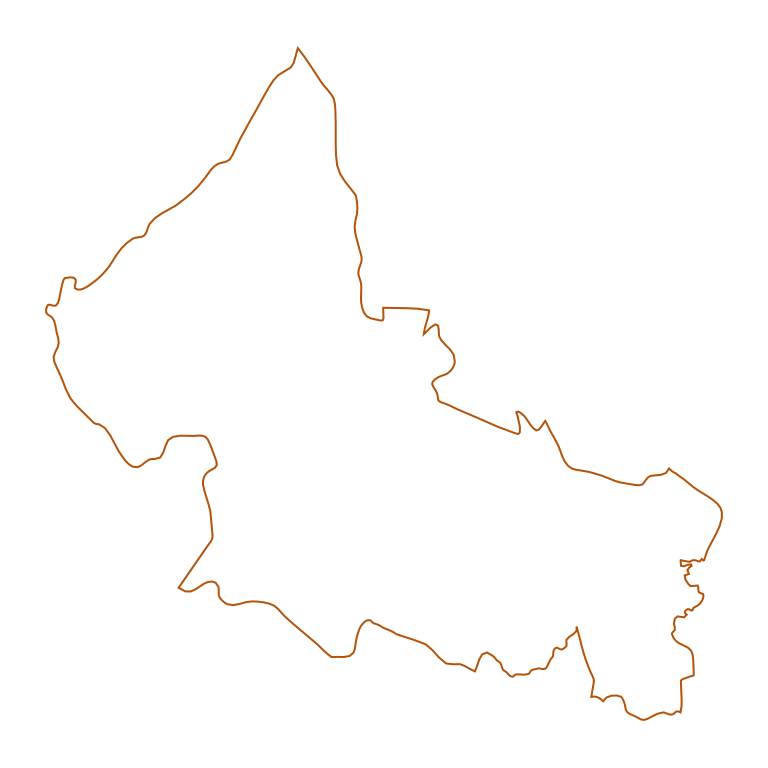 San Luis Potosí, Robinson projection
{"feature_id": "MEX-2715", "entity_name": "San Luis Potosí", "entity_type": "State", "adm_level": 1, "iso_a3": "MEX", "parent_name": "Mexico", "parent_adm1": "", "projection": "robinson", "projection_center": [-100.079, 22.87], "detail": "fine", "context": "isolated", "style": "outline", "palette": "amber", "viewbox_px": 768, "rotation_deg": 0, "n_neighbors": 0, "source": "natural_earth", "source_scale": "10m", "svg_char_len": 6067}
<svg xmlns="http://www.w3.org/2000/svg" viewBox="0 0 768 768"><path d="M297.8,48.1L304.2,56.5L310.3,65.4L322.1,83.4L328.3,90.7L331.4,94.6L333.6,98.4L334.9,103.9L335.4,110.4L335.7,123.0L335.7,144.2L336.0,154.8L337.1,165.1L340.1,173.8L344.9,181.4L350.5,188.4L355.8,195.4L357.0,201.9L357.4,208.0L357.0,213.9L355.5,220.1L354.6,227.1L355.5,234.3L359.2,248.3L360.7,253.6L361.4,256.4L361.7,259.1L361.2,262.5L358.9,269.1L358.3,272.4L358.6,275.4L360.5,281.1L361.1,284.1L361.3,287.6L361.0,297.9L361.2,302.6L362.0,307.1L364.0,312.8L366.9,316.4L370.9,318.4L380.9,320.6L382.8,320.2L383.5,318.1L383.2,307.8L406.3,308.2L417.9,308.7L429.2,310.4L428.2,316.4L424.8,328.2L423.8,334.2L430.9,327.3L435.2,324.4L437.9,325.4L438.7,329.3L438.8,332.8L439.2,336.3L441.0,339.9L445.2,344.6L449.9,349.3L453.6,354.6L454.8,361.3L454.4,364.1L453.4,366.6L452.1,368.9L450.4,371.0L446.8,373.9L438.8,376.9L435.0,379.3L432.6,382.0L432.2,384.3L433.2,386.5L436.3,391.7L437.2,393.8L437.7,396.2L438.1,399.6L439.0,401.1L441.2,402.3L446.1,404.0L450.0,405.7L457.9,409.5L470.9,415.0L497.9,426.8L515.3,433.3L518.3,434.0L519.8,432.4L519.9,427.2L519.4,424.4L518.1,418.7L517.5,415.8L516.9,413.9L516.3,412.7L516.4,412.0L517.9,411.6L519.4,412.1L521.4,413.5L523.3,415.2L524.8,416.6L527.2,420.0L530.2,424.4L533.3,428.3L536.3,430.4L538.8,429.6L541.1,427.0L545.2,420.9L547.0,424.1L547.5,425.2L550.2,430.8L556.2,441.5L558.9,447.1L562.5,456.8L564.8,461.5L567.7,465.4L571.1,468.1L574.8,469.5L587.9,471.7L592.8,472.9L602.5,475.9L615.2,481.0L620.6,482.5L634.5,484.9L639.1,485.3L642.3,484.5L644.3,482.2L646.0,479.8L647.8,477.6L650.4,475.9L661.0,474.8L666.0,473.0L669.0,468.5L672.2,471.4L674.0,472.5L675.9,473.4L679.8,476.5L683.4,478.9L693.5,487.2L698.4,490.6L708.4,496.8L713.3,500.2L717.4,503.8L720.4,507.7L721.9,512.4L721.8,518.3L719.6,526.1L716.2,533.7L708.5,548.1L707.2,551.0L704.1,560.2L703.3,560.5L701.7,559.0L699.9,561.3L698.3,561.4L696.6,560.6L694.4,560.2L692.4,560.3L690.2,561.5L689.4,561.8L682.9,560.7L680.9,560.1L680.6,560.3L681.0,565.8L683.9,566.3L687.9,564.7L691.1,564.4L691.6,565.8L689.3,567.5L687.4,570.0L688.9,574.0L684.7,575.4L685.5,579.6L688.4,584.1L690.6,586.2L697.6,585.5L698.3,587.5L698.4,590.0L698.7,592.0L700.1,592.9L703.1,594.0L703.5,596.5L702.7,599.2L701.8,601.0L700.0,603.6L698.0,605.3L693.6,607.8L693.2,608.4L692.5,610.2L691.9,610.6L690.8,610.3L688.6,609.1L687.7,609.1L685.9,610.3L684.9,611.6L685.0,613.1L686.7,614.7L684.1,617.3L677.5,616.4L674.9,618.7L673.9,623.7L674.8,627.1L674.8,630.0L672.5,632.5L671.8,633.8L673.5,637.8L675.9,640.9L679.0,643.2L687.9,647.6L691.0,650.5L692.6,654.5L693.3,660.7L693.7,671.7L693.7,675.4L691.2,676.1L683.6,678.8L681.7,679.7L680.9,680.8L680.9,682.5L681.6,698.8L681.6,705.8L680.5,712.4L678.7,711.5L677.1,711.4L675.5,712.0L674.2,713.4L673.0,714.2L671.7,714.5L670.4,714.6L669.0,714.3L663.8,712.4L659.4,713.2L655.2,714.8L647.0,719.1L643.8,719.9L640.9,719.4L634.9,716.2L630.6,714.3L628.4,713.1L626.8,711.6L625.8,709.5L624.8,704.4L623.5,700.6L622.0,697.9L621.0,696.7L616.7,695.5L611.3,695.7L606.3,697.6L603.1,701.3L600.6,699.0L597.7,697.3L594.5,696.5L591.3,696.9L593.9,681.5L593.6,678.8L592.3,675.6L589.5,669.7L585.8,659.9L584.2,654.9L582.7,649.8L576.6,626.5L576.5,631.0L573.4,634.1L569.4,636.7L566.6,639.6L566.3,641.7L566.6,643.9L566.5,645.9L564.9,647.7L563.0,648.9L561.7,649.5L560.3,649.3L557.4,647.8L556.5,647.7L555.7,648.0L554.7,648.7L553.5,650.9L553.0,656.2L551.9,657.9L550.9,658.8L550.0,660.4L547.1,666.4L546.2,667.8L545.2,668.7L543.1,669.1L538.7,668.3L536.4,668.9L533.8,669.4L531.2,670.4L528.9,673.8L524.6,674.7L519.9,674.4L516.1,674.4L514.8,675.0L513.9,676.0L512.8,676.7L510.7,676.3L509.1,675.2L506.5,672.2L504.8,671.2L503.1,669.9L502.1,667.7L501.4,665.2L500.3,663.0L499.1,661.9L496.7,660.2L494.0,656.8L491.7,655.2L487.1,652.5L482.2,654.4L479.2,659.5L477.1,665.9L475.0,671.4L469.8,668.9L465.0,666.1L459.9,664.1L453.6,664.3L446.2,663.5L439.1,657.6L432.4,650.1L426.0,644.6L424.4,643.8L413.1,639.6L397.5,634.6L395.5,633.6L393.6,632.3L390.4,630.7L383.8,628.0L378.7,625.0L373.4,623.1L372.1,622.1L371.2,620.9L369.8,620.2L367.4,620.3L365.6,621.1L363.8,622.6L362.2,624.4L361.0,626.0L359.7,628.3L358.7,630.8L357.1,636.0L356.2,640.0L354.8,649.0L353.5,652.7L349.5,656.0L343.7,657.0L337.3,656.9L331.5,657.0L327.9,654.3L324.3,651.1L317.3,644.3L293.1,623.8L285.2,616.8L279.9,611.0L277.2,608.2L274.3,605.8L269.2,603.6L263.4,602.3L257.6,601.6L252.1,601.4L245.9,602.2L239.5,604.0L233.2,605.1L227.2,604.2L225.2,603.0L223.2,601.5L221.4,599.7L219.8,597.8L218.8,595.2L218.7,592.3L218.8,589.3L218.3,586.6L215.6,582.7L211.9,581.5L207.7,582.1L203.7,583.9L195.9,589.1L190.7,591.5L185.4,591.4L178.6,587.8L207.0,546.7L210.6,541.8L212.1,538.9L212.6,536.2L210.4,511.7L208.7,504.8L204.6,491.5L203.0,484.8L203.1,480.5L204.1,476.9L206.0,473.9L208.8,471.3L215.0,467.7L216.8,465.1L216.3,461.0L212.3,450.1L210.2,444.7L207.8,439.5L205.1,436.6L201.6,435.6L197.7,435.6L194.0,435.9L180.4,435.7L173.1,436.8L168.1,440.2L165.5,446.0L163.3,452.5L160.1,457.6L154.6,459.0L151.9,459.0L149.4,459.5L145.1,462.3L141.5,465.3L137.6,467.2L132.7,466.7L128.8,464.2L125.4,460.8L122.5,456.8L118.8,451.4L110.3,435.5L104.9,428.0L98.6,424.1L96.6,424.1L94.7,423.4L93.1,422.2L77.0,406.3L70.6,398.6L65.8,389.1L62.3,379.8L58.3,370.7L56.1,366.0L54.2,361.4L53.6,356.8L55.3,352.0L57.8,347.0L58.7,342.7L58.2,338.2L56.7,332.6L55.2,324.7L54.0,320.7L52.2,317.6L49.9,315.8L47.6,314.4L46.1,312.4L46.2,308.5L48.0,304.9L50.2,304.7L52.9,305.7L55.8,305.6L57.9,303.1L59.2,299.1L60.7,291.2L62.3,283.9L63.5,279.9L64.9,278.1L70.9,277.3L73.9,277.8L75.8,279.8L75.7,282.6L74.8,285.6L74.9,288.2L77.9,289.7L81.3,289.4L85.0,287.9L88.5,285.8L91.5,283.7L97.4,279.1L102.9,273.9L107.9,268.1L112.3,261.6L116.5,254.9L121.3,248.5L126.8,243.0L132.9,238.6L135.6,237.7L141.4,236.9L144.0,235.7L146.0,233.2L147.2,230.1L148.2,226.9L149.6,223.9L155.0,218.1L161.8,213.4L175.7,205.6L183.9,199.4L191.5,193.0L198.5,185.9L205.2,177.7L211.1,169.6L214.5,166.1L218.4,163.6L226.5,161.5L229.7,159.5L232.5,155.0L240.0,139.2L248.5,123.7L257.2,108.3L265.6,93.0L269.5,86.4L273.5,80.3L278.3,75.1L290.7,67.5L293.8,62.7L297.8,48.1Z" fill="none" stroke="#b45309" stroke-width="2"/></svg>